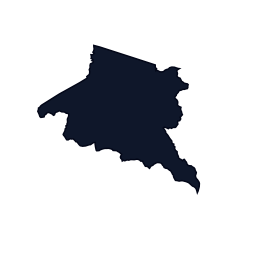 outline of Afrânio, Pernambuco, Brazil, rotated 243°
{"feature_id": "56859067B21944845436039", "entity_name": "Afrânio", "entity_type": "district", "adm_level": 2, "iso_a3": "BRA", "parent_name": "Brazil", "parent_adm1": "Pernambuco", "projection": "albers", "projection_center": [-41.058, -8.6], "detail": "fine", "context": "isolated", "style": "filled", "palette": "ink", "viewbox_px": 256, "rotation_deg": 243, "n_neighbors": 0, "source": "geoboundaries", "source_scale": "gbopen_adm2", "svg_char_len": 3796}
<svg xmlns="http://www.w3.org/2000/svg" viewBox="0 0 256 256"><g transform="rotate(243 128 128)"><path d="M101.2,107.9L101.3,109.2L100.3,110.2L100.1,111.4L100.2,112.7L99.3,113.5L98.8,114.9L98.8,115.9L96.9,119.3L96.3,121.4L95.9,122.2L95.2,123.0L94.3,123.8L92.7,124.3L91.8,126.0L90.4,125.8L86.0,126.1L84.9,128.0L83.5,128.3L82.3,128.9L83.1,130.1L83.7,131.4L83.5,133.2L84.0,134.5L84.1,138.1L83.0,140.1L81.8,141.5L80.7,141.9L79.7,141.9L78.8,142.1L78.0,142.4L76.4,142.3L74.8,143.6L74.3,144.5L73.4,145.1L71.6,145.8L70.5,146.6L68.3,146.8L66.6,146.7L65.6,147.1L64.6,146.7L62.9,146.4L59.8,146.5L58.8,148.0L57.5,149.5L56.9,151.5L56.2,152.8L53.9,155.4L52.1,157.0L51.0,157.6L49.9,158.0L47.5,158.9L46.6,159.4L45.5,160.4L43.7,161.0L42.8,161.1L40.7,160.8L38.9,160.4L40.1,161.9L43.4,164.8L46.1,166.4L47.4,166.7L50.4,166.4L52.1,165.9L53.3,166.0L54.8,166.3L56.5,168.0L57.4,168.7L59.5,168.6L61.4,169.0L62.8,168.7L64.1,167.7L65.5,167.2L66.7,165.3L67.6,164.5L68.9,164.2L71.1,164.5L72.5,164.1L74.4,164.0L74.7,163.0L74.1,161.6L76.0,160.9L77.2,159.9L78.3,159.5L80.0,160.0L81.5,160.0L83.2,160.3L84.6,161.0L85.4,160.7L86.4,160.1L88.6,160.2L89.9,161.2L91.4,160.5L92.8,161.5L94.2,160.3L95.5,160.7L96.6,161.1L100.1,160.4L103.3,160.2L105.1,159.8L106.2,159.4L107.9,159.9L109.4,159.8L110.8,159.6L112.0,159.4L112.3,160.5L111.4,161.8L110.3,162.7L109.1,163.6L109.4,165.1L108.9,165.9L108.0,166.5L108.0,168.7L107.1,170.2L107.2,171.2L107.8,172.2L108.8,174.2L110.5,174.7L111.6,175.5L111.1,177.4L111.9,178.8L112.8,179.3L114.0,179.3L114.3,180.5L114.7,181.3L115.1,182.5L116.8,182.6L118.0,183.0L119.8,183.1L121.1,183.5L122.4,184.6L124.5,182.9L126.0,182.5L128.1,183.9L129.2,184.3L131.1,184.2L132.7,183.4L134.4,183.7L135.2,185.8L136.0,186.3L137.0,188.9L137.5,189.6L138.1,190.7L137.6,192.5L137.6,194.4L136.8,195.9L136.6,197.4L136.2,198.7L136.8,199.6L138.2,200.3L139.4,201.3L140.4,200.9L141.4,199.6L142.5,198.3L143.7,197.9L145.4,196.9L146.7,197.0L148.7,197.0L150.0,195.8L150.8,195.4L151.7,195.2L152.6,195.6L153.9,196.7L155.3,197.1L156.9,197.3L157.4,198.6L157.6,200.7L158.4,199.5L159.4,198.6L160.0,197.8L160.8,197.3L162.0,195.4L162.5,194.3L162.8,192.3L162.2,190.9L162.6,188.9L162.7,187.3L162.3,186.1L162.2,184.9L162.5,183.9L163.0,182.9L163.6,181.9L165.1,180.9L166.4,179.8L166.4,178.8L167.5,179.1L167.8,180.3L169.6,179.8L171.8,180.9L176.9,175.8L183.6,169.1L184.8,167.9L187.8,164.9L188.5,164.2L212.6,140.0L213.8,138.7L217.1,135.0L215.7,134.4L213.7,133.7L212.0,132.1L211.5,131.2L209.9,132.0L209.5,130.5L209.2,129.7L210.1,128.3L209.2,128.1L207.6,127.5L206.7,126.7L205.7,127.6L204.7,127.7L204.4,126.5L203.8,127.1L202.7,127.2L202.1,126.1L202.2,123.7L201.5,123.0L200.7,122.4L199.3,121.9L198.4,121.0L197.6,120.0L195.8,119.6L194.3,118.7L193.2,117.8L193.0,116.5L192.5,114.6L191.0,114.5L190.3,105.6L189.6,86.6L189.6,85.5L189.4,81.6L187.6,61.6L187.2,60.0L186.6,59.0L186.4,57.3L185.3,56.7L183.8,55.2L180.8,55.1L178.1,54.7L177.0,55.2L176.0,58.2L177.5,59.7L177.5,61.1L178.2,62.3L178.1,64.1L177.0,65.2L175.4,66.4L174.5,67.0L173.2,67.3L173.1,68.4L174.3,69.6L174.8,70.6L174.5,72.9L174.7,74.5L172.5,76.3L171.1,78.7L169.3,79.6L167.8,81.6L166.2,81.0L164.6,79.6L164.1,78.7L163.2,77.9L160.4,76.7L159.5,75.6L158.1,74.8L158.1,73.7L157.0,73.3L155.9,72.9L155.7,71.6L154.6,71.0L153.6,69.9L151.8,67.4L150.7,67.3L149.4,67.7L145.4,68.0L144.6,69.2L144.7,70.1L144.7,71.6L143.7,72.9L143.3,74.2L142.2,74.6L140.6,75.1L139.5,75.3L138.7,76.3L135.4,76.9L133.9,77.4L132.4,79.3L131.3,82.1L130.7,85.8L130.2,87.1L130.6,89.6L130.6,90.9L130.0,92.2L128.6,91.4L126.0,90.5L122.7,89.6L121.9,89.8L121.0,92.0L121.2,93.3L121.0,95.3L120.7,96.9L120.3,98.2L119.9,99.0L118.6,101.7L117.3,103.2L116.1,104.3L114.8,104.5L113.2,107.2L112.4,108.0L111.5,108.4L110.5,109.2L107.5,110.4L106.3,108.8L105.5,108.0L104.0,107.8L103.0,108.3L101.2,107.9Z" fill="#0f172a" stroke="#020617" stroke-width="1.5"/></g></svg>